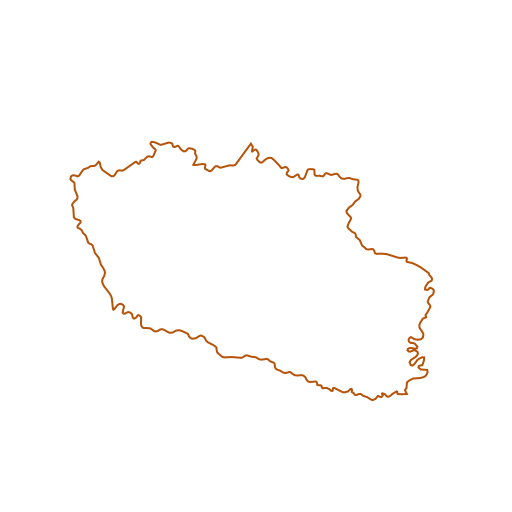 SVG path tracing the border of Khmel'nyts'kyy, rotated 290°
{"feature_id": "UKR-290", "entity_name": "Khmel'nyts'kyy", "entity_type": "Region", "adm_level": 1, "iso_a3": "UKR", "parent_name": "Ukraine", "parent_adm1": "", "projection": "mercator", "projection_center": [26.972, 49.519], "detail": "fine", "context": "isolated", "style": "outline", "palette": "amber", "viewbox_px": 512, "rotation_deg": 290, "n_neighbors": 0, "source": "natural_earth", "source_scale": "10m", "svg_char_len": 6110}
<svg xmlns="http://www.w3.org/2000/svg" viewBox="0 0 512 512"><g transform="rotate(290 256 256)"><path d="M277.2,63.8L278.9,64.8L281.2,67.8L283.8,69.8L285.5,73.6L287.4,74.7L290.9,76.0L290.5,77.1L286.3,79.8L284.3,82.3L281.7,91.9L281.6,93.4L282.4,94.8L283.5,95.5L287.8,96.4L289.0,97.1L289.8,98.4L290.3,100.7L291.4,102.3L303.1,110.4L303.6,111.4L302.5,113.3L302.4,113.9L302.6,114.5L303.9,115.1L305.8,114.9L306.5,115.5L307.8,117.8L312.4,120.0L313.1,121.4L313.4,124.6L314.8,125.3L320.9,125.7L321.8,124.8L322.8,122.1L324.9,118.8L325.4,118.4L326.9,118.4L327.5,118.9L327.9,119.8L328.2,122.6L327.8,127.9L328.0,128.8L332.7,135.1L333.1,136.7L333.1,138.2L332.8,139.0L330.6,140.5L330.4,141.0L330.7,142.5L332.7,144.5L332.9,145.1L332.7,145.9L330.4,149.2L329.6,152.2L330.2,153.6L331.1,154.4L333.5,155.3L334.4,156.3L334.9,158.9L334.8,161.1L334.4,162.6L334.0,163.0L331.4,163.7L329.8,165.6L328.2,166.6L326.8,166.8L320.2,165.9L320.6,167.7L324.0,174.0L324.7,176.5L324.6,177.1L324.2,177.4L321.4,177.8L320.4,178.5L319.8,183.4L320.3,184.2L321.1,185.0L325.6,186.7L326.7,187.6L327.2,189.3L326.7,191.4L326.9,192.6L332.2,200.2L333.1,203.4L334.5,205.4L359.8,212.8L357.6,215.6L353.1,216.4L352.9,216.7L355.7,218.7L355.9,219.3L355.9,220.0L354.1,222.5L352.1,223.9L347.7,223.3L346.9,224.2L345.7,226.6L345.3,228.1L346.0,229.7L349.6,231.7L351.6,233.2L353.0,235.2L353.4,237.2L352.6,239.6L348.9,247.2L347.5,249.3L347.4,249.9L347.7,250.7L349.8,253.2L349.6,255.0L348.4,256.7L347.5,257.3L346.8,257.3L345.1,256.5L343.2,256.9L342.4,259.1L342.2,261.9L342.8,264.0L346.3,266.6L347.0,267.6L346.9,268.1L344.8,269.8L344.1,271.0L344.1,273.1L344.5,273.8L345.6,274.6L347.1,275.0L354.6,275.0L355.5,275.8L356.3,277.6L357.1,280.1L356.9,281.4L352.5,283.2L352.0,283.9L351.9,284.6L352.1,285.8L353.2,288.3L353.4,290.5L353.8,291.7L354.8,292.3L356.9,292.8L357.8,293.6L358.0,295.0L357.8,298.5L358.3,299.7L360.1,302.1L360.9,303.7L360.5,305.4L359.4,306.8L358.4,308.9L358.2,310.3L358.7,312.7L360.4,315.1L361.2,316.9L361.4,321.3L362.3,325.1L362.2,325.8L361.7,326.5L360.4,327.2L355.6,327.7L352.8,329.0L351.7,329.9L349.4,333.0L348.1,333.7L344.7,333.0L341.1,330.5L336.9,329.3L333.8,327.1L331.9,326.3L329.0,325.6L327.2,327.0L324.8,331.8L323.8,332.6L317.8,331.8L314.9,331.9L313.5,333.5L311.6,338.2L311.2,341.3L310.5,342.2L308.1,343.5L306.4,348.1L302.0,352.2L301.1,355.4L300.2,357.0L300.2,357.9L300.6,359.6L302.1,362.2L302.4,363.5L301.5,365.2L299.4,366.8L299.2,368.4L301.0,372.7L302.5,378.4L303.0,389.8L303.6,392.4L305.8,397.5L305.7,398.2L305.0,398.9L302.9,398.9L302.1,399.9L302.8,405.3L302.5,409.6L301.8,414.2L299.0,424.2L297.6,425.1L295.9,428.2L294.7,429.3L293.0,429.5L289.7,426.7L284.9,425.7L282.4,426.2L282.6,428.6L283.7,429.5L284.9,429.7L285.7,430.4L285.6,433.0L284.9,434.4L284.0,435.1L281.4,435.5L279.9,435.2L277.2,433.4L275.9,433.0L271.7,433.0L271.0,433.5L269.5,436.0L268.7,436.9L267.6,437.2L262.3,436.5L258.3,435.5L256.6,436.9L254.2,434.2L249.7,433.2L247.0,433.1L244.5,434.2L241.4,438.5L239.7,440.1L236.5,440.7L234.3,439.6L232.7,436.8L232.0,433.1L232.8,429.3L231.6,428.4L230.3,428.0L229.0,428.2L227.8,429.3L227.2,430.9L228.0,433.6L227.8,435.5L225.9,438.7L224.3,438.8L223.1,436.7L222.7,433.6L222.0,431.7L220.6,430.5L219.2,430.6L218.5,432.4L219.0,433.8L221.3,436.3L221.8,437.5L221.2,440.5L219.7,441.6L217.8,441.4L216.0,440.7L211.5,437.3L208.8,436.6L206.4,438.7L206.6,440.7L208.9,441.9L213.5,443.2L215.6,444.7L217.7,446.8L218.2,448.7L215.5,449.5L211.4,449.7L210.2,449.5L209.1,447.5L208.2,446.6L206.8,446.8L205.7,449.5L207.5,455.8L205.5,457.0L202.8,456.8L200.7,456.0L199.1,454.4L197.5,452.0L194.5,445.4L191.3,442.5L189.0,441.1L183.1,442.6L180.9,441.8L178.0,445.0L176.1,440.7L174.8,436.7L175.0,436.0L176.6,435.3L176.9,434.5L173.8,431.9L170.8,430.1L169.0,428.6L168.8,427.1L170.2,424.3L170.2,421.7L169.5,421.6L168.7,422.6L168.1,422.9L166.3,422.0L166.0,420.4L166.3,418.8L166.0,418.3L162.6,417.2L160.5,414.9L160.4,413.2L161.4,408.8L161.3,404.5L162.2,401.5L161.4,399.8L159.8,398.0L159.5,397.3L159.4,396.5L160.7,394.4L161.0,392.5L162.9,392.0L163.5,391.7L163.8,391.1L163.2,390.2L160.2,388.8L158.1,385.7L157.7,383.9L158.8,374.6L158.5,374.0L158.0,373.7L155.4,374.0L155.0,372.9L156.0,370.2L156.2,367.5L155.6,365.8L154.6,364.2L154.6,363.5L154.9,362.9L156.5,361.9L156.6,360.9L155.8,358.3L155.9,357.6L157.7,356.7L158.6,355.3L156.1,349.9L155.9,347.7L157.2,345.6L159.0,343.8L159.8,341.6L159.8,340.6L159.5,339.3L157.6,335.1L157.3,333.2L157.6,330.9L158.6,327.8L158.5,327.1L156.4,324.3L155.9,322.9L155.8,320.9L156.5,318.0L156.5,314.7L156.9,313.0L158.2,311.7L161.1,310.4L161.5,309.8L161.8,308.9L161.9,305.0L162.7,303.5L163.1,302.1L163.0,301.3L161.1,297.9L160.2,295.7L160.1,293.8L160.8,290.6L159.8,286.0L159.5,281.2L158.8,280.0L155.8,277.8L155.3,277.0L152.7,267.7L149.9,260.9L149.7,258.7L152.0,252.7L152.9,251.9L156.2,250.2L157.0,249.2L157.7,246.3L158.5,239.9L159.4,238.1L161.6,235.7L162.1,234.9L162.5,232.1L162.4,231.3L161.6,230.3L158.2,227.6L156.6,224.8L156.4,223.8L156.6,222.2L157.6,220.5L159.4,218.8L159.7,217.6L160.2,212.2L160.0,209.2L158.6,206.4L155.7,204.0L154.3,201.1L154.4,199.2L155.2,194.9L155.1,192.7L154.2,191.1L152.0,189.4L150.7,187.5L150.6,185.7L151.4,183.4L151.8,181.2L151.1,178.5L150.0,175.4L149.9,174.0L150.9,172.4L152.3,171.4L159.2,169.0L159.7,168.4L160.3,165.9L159.9,165.2L156.9,164.3L155.5,162.9L155.4,162.2L156.1,161.2L158.7,159.6L159.4,158.3L159.9,156.0L159.3,154.6L156.9,152.4L156.6,151.6L156.6,150.9L157.4,150.0L163.3,149.3L164.4,148.2L164.9,145.7L164.4,144.4L163.1,143.0L162.0,142.4L157.7,141.1L156.8,140.4L157.4,139.6L166.0,135.5L168.6,133.8L170.7,131.3L175.7,123.4L178.4,120.7L180.3,119.8L181.9,119.7L185.4,120.2L188.3,119.9L190.2,118.9L192.3,116.7L194.9,113.2L200.4,109.0L203.8,103.6L210.1,98.8L210.7,97.0L210.7,95.2L211.0,93.9L216.3,89.6L217.4,88.2L218.5,85.5L220.5,83.4L221.0,82.5L221.3,81.5L221.5,79.1L221.9,78.5L222.6,78.1L224.1,78.3L227.6,79.7L228.9,79.1L229.3,77.5L229.0,73.8L230.1,71.6L238.6,67.9L240.9,65.8L241.7,65.6L245.1,66.6L247.5,68.1L249.0,68.4L250.8,68.0L256.5,63.0L262.5,60.4L262.9,59.9L264.0,56.3L264.9,55.3L265.6,55.1L267.6,55.0L269.1,56.0L269.8,58.5L269.8,61.2L270.6,61.9L271.3,62.4L277.2,63.8Z" fill="none" stroke="#b45309" stroke-width="2"/></g></svg>